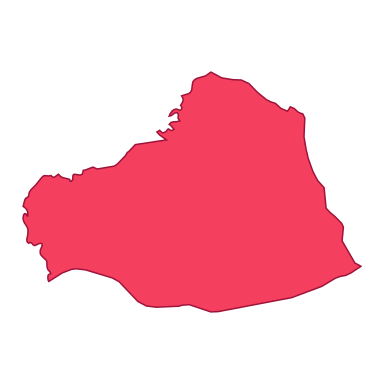 SVG path tracing the border of Sanliurfa
{"feature_id": "TUR-3017", "entity_name": "Sanliurfa", "entity_type": "Province", "adm_level": 1, "iso_a3": "TUR", "parent_name": "Turkey", "parent_adm1": "", "projection": "natural_earth1", "projection_center": [38.713, 37.351], "detail": "fine", "context": "isolated", "style": "filled", "palette": "rose", "viewbox_px": 384, "rotation_deg": 0, "n_neighbors": 0, "source": "natural_earth", "source_scale": "10m", "svg_char_len": 2394}
<svg xmlns="http://www.w3.org/2000/svg" viewBox="0 0 384 384"><path d="M246.6,306.2L218.3,311.6L210.8,311.9L189.3,304.7L182.0,305.2L179.0,306.2L156.2,307.2L146.4,306.0L137.9,301.5L133.9,297.3L119.1,281.7L112.2,277.9L85.6,269.9L76.5,268.8L71.7,269.3L62.3,272.9L48.8,281.5L48.7,281.4L48.1,279.9L47.8,277.5L48.1,275.2L49.2,274.2L50.8,273.6L50.2,272.2L47.8,269.5L47.3,267.9L47.0,266.1L46.8,261.7L46.3,260.3L42.6,256.9L40.6,254.5L40.2,253.1L40.2,250.4L41.9,246.2L42.3,244.2L40.7,243.3L38.8,243.7L35.6,245.3L34.4,245.6L33.0,244.7L31.8,243.3L30.4,242.4L28.7,243.3L27.0,241.6L26.8,239.4L27.8,234.3L28.0,230.2L27.7,228.6L26.8,226.5L24.4,222.8L23.4,220.5L23.0,217.7L23.6,214.8L24.7,213.6L26.0,213.9L26.9,215.9L27.8,215.9L27.7,212.2L26.7,209.6L25.1,207.8L23.1,206.4L24.7,200.2L25.5,198.6L26.5,197.8L27.6,197.2L28.4,196.5L29.4,192.1L30.9,189.8L35.6,185.1L41.8,177.4L43.9,175.7L46.2,175.7L48.6,176.0L50.9,175.5L52.9,177.2L54.5,177.1L58.5,174.2L60.5,176.4L62.9,177.7L69.1,179.1L69.8,179.6L70.0,181.1L70.5,181.4L71.2,181.3L71.6,180.9L71.8,180.5L72.3,180.4L72.8,179.4L72.8,177.3L73.0,175.2L74.2,174.2L80.2,175.1L82.4,174.1L83.3,170.3L84.8,170.2L92.9,167.1L97.3,169.0L114.3,166.1L117.2,164.2L125.6,155.5L127.3,152.4L128.6,151.7L135.3,144.6L166.4,139.9L159.4,134.8L156.9,132.0L159.7,130.3L160.0,130.7L161.9,132.4L162.6,132.8L163.7,132.7L164.6,132.3L165.4,131.8L165.9,131.6L166.5,131.0L167.3,129.7L168.3,128.9L170.7,130.4L171.9,130.4L173.0,129.9L174.0,129.2L170.5,125.3L169.2,124.4L171.0,122.4L173.8,121.8L177.0,121.6L179.8,120.9L178.1,118.5L178.3,113.9L176.8,112.6L175.0,112.9L171.2,115.6L169.2,116.1L170.4,113.4L171.9,111.3L173.7,109.8L175.9,109.0L177.1,109.2L179.8,110.2L180.6,110.2L181.6,108.9L181.8,107.5L181.3,106.2L180.6,105.4L182.2,102.8L183.1,100.7L183.0,98.4L181.6,95.8L188.4,93.7L190.3,92.5L191.7,90.0L192.4,84.2L193.0,81.6L194.7,79.6L197.1,78.3L205.5,75.9L210.9,72.1L221.8,77.9L233.1,79.7L241.3,80.0L249.0,83.6L257.4,92.3L266.6,99.8L270.9,101.9L275.5,103.4L280.8,108.3L287.4,111.2L288.9,109.1L290.3,106.8L294.2,108.5L297.8,111.8L300.2,113.1L302.7,113.8L304.8,118.0L304.0,136.8L306.2,149.9L307.5,154.9L307.9,157.5L312.9,171.5L317.6,180.5L324.1,187.7L326.1,208.2L330.1,212.5L334.6,216.2L341.7,223.4L343.4,227.1L342.1,240.9L354.9,263.0L360.9,266.2L361.0,266.3L351.0,272.9L345.8,275.4L340.6,276.3L335.6,278.1L321.7,286.4L291.8,297.6L246.6,306.2Z" fill="#f43f5e" stroke="#9f1239" stroke-width="1.5"/></svg>